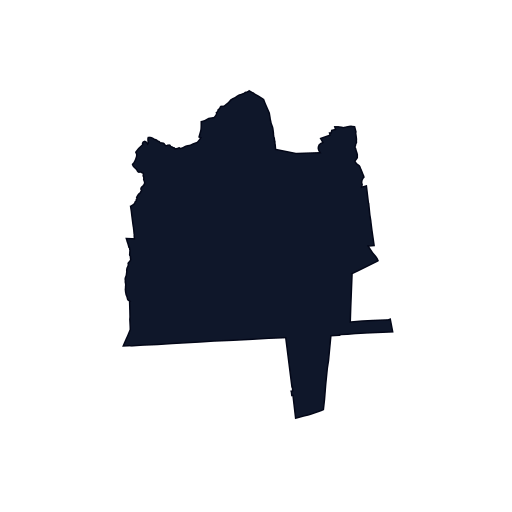 outline of Villa de Tezontepec, Hidalgo, Mexico, rotated 229°
{"feature_id": "50627088B126252484853", "entity_name": "Villa de Tezontepec", "entity_type": "district", "adm_level": 2, "iso_a3": "MEX", "parent_name": "Mexico", "parent_adm1": "Hidalgo", "projection": "robinson", "projection_center": [-98.78, 19.914], "detail": "fine", "context": "isolated", "style": "filled", "palette": "ink", "viewbox_px": 512, "rotation_deg": 229, "n_neighbors": 0, "source": "geoboundaries", "source_scale": "gbopen_adm2", "svg_char_len": 6058}
<svg xmlns="http://www.w3.org/2000/svg" viewBox="0 0 512 512"><g transform="rotate(229 256 256)"><path d="M275.2,96.8L271.8,101.1L270.9,102.2L270.7,102.3L269.7,103.3L263.3,111.8L253.9,123.5L244.9,135.4L227.8,157.4L219.8,168.0L208.4,182.2L196.5,197.4L186.0,211.1L174.9,224.9L133.7,197.3L133.5,197.7L130.1,195.2L130.8,193.9L130.7,193.9L127.2,191.5L126.6,192.5L107.6,179.5L106.6,181.5L104.0,187.0L101.7,191.3L100.6,193.8L96.6,203.8L95.9,206.1L102.8,213.6L113.2,224.2L124.7,236.4L128.9,241.4L129.4,242.0L146.7,260.2L141.3,267.2L141.8,267.6L136.4,274.4L132.7,279.6L125.4,289.0L109.1,309.4L120.3,315.9L121.0,313.9L130.8,301.7L137.7,292.9L144.3,283.8L155.2,293.9L179.2,316.5L179.8,316.6L178.4,321.8L178.3,322.0L175.9,331.2L172.5,344.3L172.4,345.0L174.3,345.6L176.2,345.9L177.6,346.0L181.8,346.0L190.0,347.1L186.4,352.0L199.9,360.7L205.4,364.4L207.4,365.8L212.4,368.9L221.7,375.5L222.4,375.7L236.5,385.3L238.6,380.7L240.3,383.0L242.0,383.8L243.5,385.4L244.5,387.6L244.7,389.2L246.0,389.8L246.7,390.0L247.7,390.3L249.0,390.8L249.9,391.1L250.6,391.4L251.2,391.5L251.7,391.7L252.4,392.0L253.0,392.1L253.7,392.3L255.1,392.9L256.4,393.1L258.3,392.7L259.4,392.4L261.0,392.5L262.6,392.7L262.8,393.0L263.0,393.9L263.5,396.2L263.8,397.0L265.3,398.3L265.8,398.8L266.3,399.1L267.5,399.7L269.9,400.7L270.3,400.9L271.4,401.5L272.9,401.9L273.3,401.9L274.0,403.3L274.5,404.0L275.1,404.7L275.7,406.2L277.3,407.5L278.2,408.4L279.6,409.4L281.9,410.9L283.4,411.9L284.0,412.4L284.0,412.8L288.8,415.2L289.6,414.6L290.2,413.9L290.9,413.4L291.5,412.9L292.2,412.0L293.9,409.1L294.6,407.7L295.1,407.0L295.6,405.9L296.6,405.4L298.2,404.0L298.8,403.4L299.5,402.9L301.8,400.2L299.3,399.1L301.1,395.6L299.6,393.5L300.6,392.2L298.6,391.2L302.3,381.9L297.7,381.0L298.1,379.6L298.4,378.7L298.4,376.5L297.3,374.5L296.1,373.4L294.1,372.6L291.8,372.2L307.1,353.4L323.6,340.7L327.3,343.4L330.2,345.1L330.0,345.3L331.2,345.9L332.1,346.5L333.1,347.2L334.0,347.4L335.5,348.4L336.4,349.0L337.2,349.7L339.3,351.1L340.2,351.7L341.3,352.4L342.4,353.0L346.4,354.5L347.2,355.0L347.9,355.4L349.0,356.0L350.0,356.5L351.0,357.2L355.2,359.8L365.1,362.9L369.2,364.4L369.4,364.2L369.6,364.1L370.3,364.1L371.6,363.7L375.3,362.6L377.9,361.6L379.4,361.1L380.3,361.0L381.3,360.7L381.7,360.4L382.3,360.1L383.7,359.8L384.1,359.5L385.2,359.2L385.1,358.5L385.2,358.0L385.6,357.0L385.6,356.4L386.5,355.3L386.5,353.7L386.9,352.6L387.1,352.3L387.4,351.3L387.7,350.4L388.2,349.6L388.6,348.5L388.9,346.7L389.0,346.1L389.1,344.7L389.2,344.0L390.0,341.3L390.0,340.7L390.2,340.2L390.3,339.3L390.0,337.6L389.8,335.9L389.8,334.6L389.9,333.0L389.9,331.2L390.0,330.5L390.1,330.0L390.6,329.3L391.2,328.6L391.9,327.8L391.8,326.8L391.2,325.6L391.1,324.0L391.1,323.1L390.5,322.6L390.0,320.8L390.1,320.1L389.3,319.9L388.4,318.0L387.9,315.3L389.4,312.8L390.1,311.7L390.8,310.6L391.5,307.2L391.7,306.2L392.6,304.1L393.3,302.8L390.2,300.1L388.9,298.9L387.7,297.7L386.6,296.3L383.2,291.1L381.4,292.0L380.7,289.3L380.2,286.3L381.9,281.9L382.4,279.8L383.0,278.4L383.9,277.0L384.8,275.3L385.3,273.5L385.5,272.3L386.0,270.8L386.5,270.0L386.7,269.4L387.0,269.2L387.6,269.1L388.1,269.0L388.2,268.7L388.4,267.9L388.6,267.4L388.9,266.8L389.5,265.9L389.8,265.4L389.9,265.2L391.4,265.2L391.7,264.9L392.0,264.6L392.4,264.4L393.1,264.3L393.6,264.0L394.2,263.6L395.0,263.5L395.4,263.5L395.9,263.7L396.1,263.6L396.4,263.5L396.7,263.2L397.6,261.9L397.6,261.4L397.7,261.2L397.9,260.9L398.2,260.6L398.6,260.2L400.5,260.1L400.9,260.3L401.5,260.2L402.1,259.9L402.3,259.8L402.5,259.3L403.2,259.1L403.4,258.7L403.5,258.5L403.7,258.3L403.9,258.1L404.8,257.9L405.5,258.0L406.1,257.9L406.8,257.5L407.1,257.2L407.4,257.1L408.3,257.1L408.5,257.0L409.3,256.8L409.8,256.5L410.0,256.3L410.5,255.9L412.8,255.2L414.3,254.4L415.4,253.4L416.1,252.4L415.5,251.5L414.1,250.3L411.9,248.9L411.5,247.6L413.8,247.9L415.5,247.3L416.0,245.7L415.5,244.3L414.3,243.6L414.1,237.9L413.2,233.4L411.0,232.7L409.6,231.4L408.3,229.3L407.4,227.6L406.4,225.1L406.2,223.0L405.8,222.7L405.1,222.6L404.0,222.3L399.5,222.7L398.1,222.3L396.6,222.3L396.1,222.6L395.4,223.7L395.1,224.0L394.4,224.4L393.9,224.5L393.3,224.7L393.1,224.9L392.4,225.2L391.7,224.9L391.4,224.4L391.0,223.9L390.5,223.4L390.2,223.3L389.6,223.1L389.2,223.1L389.0,222.9L388.2,222.3L388.0,222.2L387.9,222.1L387.8,221.8L387.6,221.6L387.4,221.4L386.9,221.2L386.3,221.0L385.8,220.8L385.5,220.7L384.4,220.1L383.9,219.7L383.5,219.3L383.4,219.1L383.6,218.7L383.3,218.3L383.0,218.1L383.0,217.9L383.2,217.6L383.2,217.4L383.0,217.1L383.0,216.8L383.0,216.4L382.9,216.2L383.0,215.5L383.0,214.9L382.9,214.4L382.7,214.0L382.4,213.7L382.3,213.3L382.1,213.1L381.7,212.9L381.4,212.9L380.7,212.6L380.3,212.3L380.1,211.2L379.8,210.6L379.6,210.0L379.7,208.3L379.5,207.6L379.5,207.3L379.4,206.8L379.1,206.3L379.1,205.9L378.9,205.6L378.7,205.2L378.7,204.6L378.6,204.4L378.4,204.3L377.7,204.3L377.3,203.8L377.2,203.5L377.2,202.8L376.6,202.4L376.4,202.0L376.1,201.0L376.1,200.2L375.7,199.6L375.4,199.2L375.2,198.3L375.3,197.5L375.3,196.4L375.5,195.4L375.6,194.7L375.6,194.0L375.7,193.9L371.6,191.3L368.4,189.1L363.3,185.7L360.6,183.9L358.7,182.7L358.3,182.5L355.8,180.8L355.3,180.5L354.9,180.1L354.3,179.8L353.4,179.0L352.3,178.4L351.1,177.3L348.7,175.5L354.3,169.6L352.4,168.8L351.7,168.4L349.6,167.6L347.5,166.6L345.9,165.8L345.4,166.0L344.4,165.5L343.5,164.8L342.7,164.5L341.9,163.5L340.9,162.6L340.0,161.6L339.1,161.1L338.2,161.0L337.7,160.8L337.0,160.0L335.5,159.2L335.0,158.1L334.7,156.6L334.6,155.3L334.3,154.6L333.8,154.4L333.2,153.9L332.5,153.0L331.9,151.9L331.6,151.0L330.9,150.0L330.0,149.0L328.8,148.1L327.8,146.9L326.8,145.8L326.4,145.3L325.0,142.7L324.6,142.4L323.9,141.7L322.9,141.1L322.3,140.4L321.7,140.0L320.4,139.3L319.1,138.2L318.5,137.5L317.4,136.5L316.5,135.5L314.4,134.0L312.8,133.1L312.0,132.6L310.6,132.2L309.2,131.6L308.3,131.1L307.5,130.7L306.7,130.6L305.9,130.8L305.0,131.2L304.9,131.2L305.0,131.1L298.3,125.6L298.1,125.5L292.6,120.9L290.8,119.1L290.4,118.8L285.3,114.8L283.0,112.9L282.9,112.8L279.9,106.8L279.3,105.5L278.6,103.9L278.3,103.3L276.7,99.9L275.2,96.8Z" fill="#0f172a" stroke="#020617" stroke-width="1.5"/></g></svg>